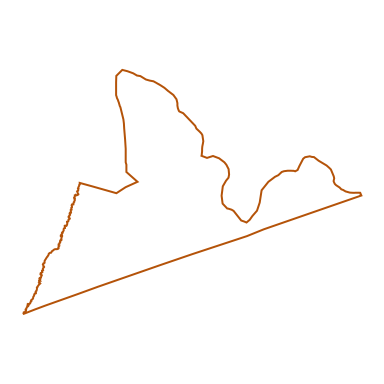 the district of Vubwi, Eastern, Zambia
{"feature_id": "96606910B99969900210710", "entity_name": "Vubwi", "entity_type": "district", "adm_level": 2, "iso_a3": "ZMB", "parent_name": "Zambia", "parent_adm1": "Eastern", "projection": "orthographic", "projection_center": [32.719, -13.993], "detail": "fine", "context": "isolated", "style": "outline", "palette": "amber", "viewbox_px": 384, "rotation_deg": 0, "n_neighbors": 0, "source": "geoboundaries", "source_scale": "gbopen_adm2", "svg_char_len": 5496}
<svg xmlns="http://www.w3.org/2000/svg" viewBox="0 0 384 384"><path d="M23.0,314.1L35.1,309.4L45.3,305.6L77.7,294.1L98.1,286.7L161.1,264.8L192.4,254.1L247.0,236.1L263.8,229.3L360.8,195.7L360.3,195.4L361.0,194.7L360.2,192.8L358.5,192.7L353.1,192.8L349.8,192.6L345.5,191.4L343.2,190.0L341.3,189.3L339.6,187.5L336.1,185.2L334.8,183.9L333.9,182.0L333.6,181.1L334.2,178.3L333.7,176.2L330.9,169.5L329.3,167.9L326.6,165.5L318.6,160.7L314.0,157.1L311.8,156.9L309.8,156.3L305.1,157.2L303.2,158.7L299.4,166.0L297.6,170.0L295.2,171.3L293.5,170.8L288.0,170.7L284.0,171.2L281.7,172.0L278.3,175.2L275.0,176.8L268.4,181.8L261.6,190.3L259.7,202.6L257.0,210.7L252.4,216.0L249.7,219.8L246.5,222.5L244.4,221.6L241.2,220.5L233.6,210.9L231.6,209.7L228.5,208.7L227.2,208.5L222.6,203.6L221.6,195.7L222.8,186.3L226.1,180.6L228.5,177.7L229.1,174.5L228.6,169.1L226.4,164.8L224.4,162.3L219.1,158.3L213.0,156.0L207.0,157.9L201.5,155.8L201.7,155.1L202.1,151.2L202.1,148.9L202.3,146.5L202.9,143.6L203.3,141.2L202.4,135.2L201.4,133.5L199.6,131.6L196.4,128.6L195.2,125.8L183.2,113.2L179.4,111.5L178.9,110.9L177.9,108.3L177.4,105.6L177.4,103.1L176.5,99.3L173.4,95.0L168.0,90.9L164.4,87.8L160.4,85.2L153.5,81.3L149.8,80.6L145.9,79.5L140.4,76.1L137.5,75.6L137.1,75.6L133.2,73.3L127.4,71.2L122.3,69.9L116.3,75.9L116.1,82.3L116.1,94.8L116.2,95.6L116.6,96.5L116.9,97.9L118.0,100.2L118.4,101.6L118.8,102.4L119.1,103.7L119.4,104.5L119.7,105.8L120.4,107.2L123.4,119.4L123.9,123.5L124.2,128.6L125.1,139.5L125.7,148.9L125.7,162.3L126.4,164.7L126.4,172.0L137.5,181.8L125.6,187.2L116.4,193.2L92.4,186.4L79.7,182.9L79.7,183.7L79.8,183.9L79.8,184.4L79.3,184.7L79.2,185.1L79.2,185.6L78.4,187.3L78.4,187.8L78.2,187.9L78.1,188.2L78.0,188.4L78.2,188.6L78.4,188.7L78.5,188.8L78.2,189.4L78.2,190.6L77.9,190.9L77.5,190.9L77.1,191.4L77.3,191.7L77.6,192.9L77.9,193.4L78.0,193.8L78.4,194.2L78.4,194.4L77.7,194.9L76.7,195.3L76.2,195.4L75.7,194.8L75.2,195.2L74.8,195.3L74.8,196.5L74.6,197.0L74.1,197.5L74.1,198.0L74.5,198.2L74.8,198.2L74.9,198.4L74.8,198.7L74.8,198.9L74.8,199.4L74.6,199.6L74.8,200.1L74.8,200.3L74.7,200.6L74.3,201.2L74.2,201.5L74.2,201.9L74.2,202.0L73.7,202.3L73.5,203.3L73.5,204.0L73.4,204.4L72.3,204.3L72.0,204.4L71.6,205.3L71.9,205.9L72.0,207.0L72.0,207.3L71.9,207.4L71.5,207.5L71.4,207.6L71.3,207.9L71.3,208.5L71.6,209.2L71.6,209.6L70.8,209.8L70.7,209.9L70.8,210.7L70.9,211.5L70.6,212.1L71.0,212.5L70.9,212.8L70.6,212.8L70.4,212.7L70.0,212.7L69.7,213.1L69.6,213.6L70.1,214.5L70.1,214.9L69.7,215.3L69.3,215.5L69.3,216.1L69.0,216.4L68.7,216.5L68.5,216.9L68.7,217.4L69.1,217.6L69.4,218.2L69.8,218.4L69.8,218.7L69.6,218.9L68.9,219.3L68.5,219.6L68.5,220.0L68.5,220.8L68.2,221.4L67.9,221.5L67.4,221.5L67.0,221.7L67.0,222.2L67.3,222.6L67.3,223.3L67.2,223.7L67.2,224.0L67.1,224.4L67.1,224.6L66.6,225.7L66.4,225.9L66.1,225.8L65.9,225.7L65.5,225.6L65.0,225.6L64.7,225.8L64.8,226.9L64.9,227.5L65.0,227.8L65.0,228.0L64.4,228.1L63.8,228.6L63.6,229.7L63.7,230.5L63.1,231.5L62.1,232.5L62.3,232.8L62.4,232.6L62.6,232.6L62.7,232.8L62.1,233.4L61.2,234.9L60.9,235.2L60.9,235.7L60.7,236.0L60.8,236.2L61.1,236.3L61.5,236.0L61.9,235.7L62.1,235.6L62.2,236.0L61.7,237.2L61.5,237.5L61.5,238.1L61.3,238.9L61.0,239.4L61.1,239.6L61.4,239.6L61.5,239.7L61.4,240.2L61.2,240.4L60.4,240.3L60.2,240.6L60.0,241.3L60.2,242.2L60.2,242.5L59.5,243.0L59.5,243.7L59.4,244.0L59.1,244.1L58.9,244.1L58.6,244.3L58.6,245.7L58.7,245.9L58.9,245.9L59.1,246.0L58.9,246.2L58.7,246.7L58.5,246.9L58.3,247.4L58.4,248.0L58.6,248.1L58.6,248.3L58.3,248.7L57.8,248.8L57.7,248.9L57.3,249.1L56.5,249.2L56.0,249.1L54.7,249.3L54.4,249.4L53.2,250.3L52.7,250.8L51.8,251.3L51.4,252.3L51.1,252.7L49.8,252.9L48.8,253.7L48.7,254.0L48.7,254.3L48.6,254.7L48.2,255.4L47.7,256.1L47.6,256.5L47.2,256.8L46.5,257.8L46.1,258.5L44.7,260.7L44.6,261.0L44.6,261.6L44.5,262.3L44.6,262.7L44.5,262.9L44.1,263.0L43.9,263.3L43.7,263.4L43.3,263.5L43.1,264.0L43.2,264.4L42.9,264.6L43.0,264.9L43.3,265.3L43.5,265.9L43.4,266.3L43.4,266.6L43.6,266.7L44.0,266.7L44.1,266.8L44.1,267.1L43.6,267.6L42.9,268.6L42.8,269.0L43.0,269.6L43.1,270.1L42.8,270.2L42.7,270.1L42.0,270.7L42.0,271.1L42.4,271.7L42.4,272.1L42.0,272.3L41.4,272.8L40.8,273.0L40.7,273.1L40.7,273.6L40.5,273.9L40.4,274.1L40.6,274.5L41.1,274.6L41.5,274.6L41.8,275.3L41.6,275.6L41.3,275.7L41.4,276.1L41.2,276.6L41.1,276.8L41.0,277.5L40.4,277.8L40.4,278.2L39.9,278.1L39.7,278.0L39.4,278.4L39.6,278.9L39.5,279.1L39.7,279.5L40.1,279.4L40.2,279.6L40.0,280.0L40.2,280.6L39.5,280.4L39.1,280.6L39.0,280.8L39.3,282.1L39.4,282.3L39.6,282.7L39.8,282.8L39.8,283.1L39.4,283.1L39.6,283.4L39.6,283.7L39.3,283.8L39.3,284.2L39.5,284.2L39.4,284.3L39.1,284.2L39.0,284.3L38.7,285.0L37.7,286.4L37.4,286.7L37.3,286.9L37.4,287.2L36.9,287.6L37.0,288.0L36.8,289.7L36.7,290.1L36.5,290.8L36.3,290.9L36.0,291.1L35.9,291.4L35.6,291.8L35.6,292.1L35.9,292.5L35.9,293.3L35.6,293.4L35.6,293.2L35.4,293.2L35.2,293.3L35.0,293.7L34.7,293.7L34.5,293.9L34.2,294.5L34.1,295.7L33.6,296.3L33.2,297.1L33.1,298.2L32.8,298.9L32.2,299.3L31.8,299.8L31.2,300.2L31.2,300.5L31.4,300.8L31.4,301.0L30.8,301.2L30.7,301.5L30.7,302.1L30.2,302.9L30.2,303.2L29.9,303.4L29.7,303.8L29.4,304.0L27.9,303.9L27.8,304.0L28.0,304.3L28.4,304.4L28.2,304.8L28.3,305.0L28.5,305.1L28.6,305.4L28.4,305.8L28.2,306.1L27.8,306.1L27.4,305.8L27.3,306.2L27.6,306.4L27.5,306.7L26.7,307.5L26.4,308.5L25.6,309.4L25.6,309.7L26.1,309.9L26.0,310.7L25.7,310.9L25.5,311.5L25.2,311.8L25.1,312.1L24.0,312.2L23.7,312.4L23.7,312.5L23.7,313.1L24.0,313.2L24.0,313.3L23.4,313.8L23.2,313.9L23.0,314.1Z" fill="none" stroke="#b45309" stroke-width="2"/></svg>